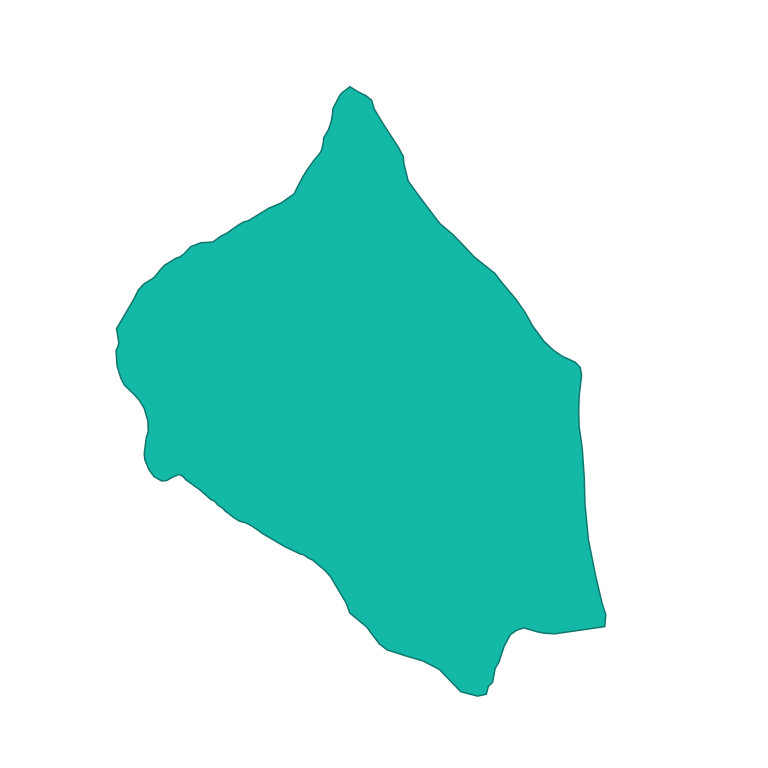 Ramjar, Tashigang, Bhutan, rotated 284°
{"feature_id": "84629894B19422058596981", "entity_name": "Ramjar", "entity_type": "district", "adm_level": 2, "iso_a3": "BTN", "parent_name": "Bhutan", "parent_adm1": "Tashigang", "projection": "mercator", "projection_center": [91.58, 27.409], "detail": "fine", "context": "isolated", "style": "filled", "palette": "teal", "viewbox_px": 768, "rotation_deg": 284, "n_neighbors": 0, "source": "geoboundaries", "source_scale": "gbopen_adm2", "svg_char_len": 2079}
<svg xmlns="http://www.w3.org/2000/svg" viewBox="0 0 768 768"><g transform="rotate(284 384 384)"><path d="M659.4,296.7L661.2,288.3L664.2,279.1L656.8,273.0L653.0,271.1L646.6,269.7L638.9,267.8L633.9,268.7L625.4,269.3L617.5,268.6L608.3,265.9L603.5,266.7L595.6,266.9L591.8,265.7L583.9,261.8L573.5,257.7L565.3,255.0L553.1,252.1L547.0,250.9L534.9,240.6L526.9,229.9L509.4,212.6L507.5,209.0L505.5,206.8L503.0,204.2L492.1,194.8L487.9,189.9L480.6,183.8L478.9,179.2L477.1,173.0L475.7,170.5L470.5,163.2L462.0,158.6L458.0,155.2L455.6,151.6L452.2,148.3L446.4,142.5L440.7,139.3L432.5,135.6L429.7,133.4L423.4,127.1L416.1,123.0L405.0,120.5L373.0,111.1L359.9,116.7L355.5,116.7L351.6,115.9L336.8,120.7L325.9,127.3L320.0,132.5L314.3,142.6L311.9,146.3L309.2,150.3L302.5,157.1L291.2,163.8L285.9,165.3L280.9,166.7L274.7,166.3L258.3,168.2L252.4,170.4L244.0,176.7L238.5,183.3L236.1,191.8L237.9,196.7L241.0,199.8L243.6,202.9L246.7,207.1L245.7,211.2L243.2,214.8L238.4,226.8L237.4,229.7L230.2,243.6L229.1,248.4L226.4,251.8L224.3,257.8L222.2,260.8L220.4,265.4L218.0,270.5L215.9,277.2L215.9,283.0L215.3,286.0L214.4,289.6L212.3,295.4L209.3,303.0L203.1,323.9L202.0,327.8L201.4,330.8L198.8,343.7L198.9,346.8L198.0,349.7L196.8,352.8L195.9,357.3L188.9,371.6L184.2,378.6L170.3,392.4L162.4,400.2L153.5,406.2L143.7,426.6L138.8,432.2L132.8,439.8L130.8,442.2L126.7,451.3L125.4,471.6L124.7,488.4L120.5,506.6L112.2,519.8L104.0,532.9L103.8,546.1L103.8,550.2L107.7,558.3L115.8,558.4L120.8,561.5L135.0,560.7L142.0,562.8L158.2,564.0L171.3,567.2L177.2,572.3L181.2,578.8L180.6,592.7L181.0,599.9L182.9,610.1L202.0,656.9L213.8,655.0L223.9,648.7L248.8,635.9L282.4,620.0L315.9,608.1L341.5,601.0L369.3,592.0L390.0,583.6L405.1,579.4L419.8,576.2L439.9,573.7L447.4,570.5L449.4,567.4L451.4,564.3L454.1,549.8L458.1,539.5L464.2,528.8L476.5,513.9L487.2,504.0L497.8,491.9L511.6,473.0L518.2,464.8L523.0,454.1L529.0,441.0L537.5,427.8L545.7,414.7L553.0,399.7L562.0,388.4L576.6,370.4L586.9,358.3L603.0,349.8L609.5,347.7L617.5,340.3L636.2,320.3L648.2,308.2L656.4,303.3L659.4,296.7Z" fill="#14b8a6" stroke="#0f766e" stroke-width="1.5"/></g></svg>